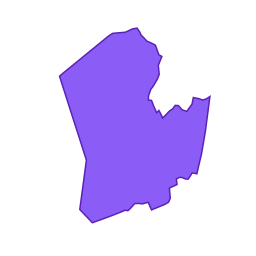 Maraial, Pernambuco, Brazil, rotated 191°
{"feature_id": "56859067B76593573663300", "entity_name": "Maraial", "entity_type": "district", "adm_level": 2, "iso_a3": "BRA", "parent_name": "Brazil", "parent_adm1": "Pernambuco", "projection": "equal_earth", "projection_center": [-35.787, -8.834], "detail": "fine", "context": "isolated", "style": "filled", "palette": "violet", "viewbox_px": 256, "rotation_deg": 191, "n_neighbors": 0, "source": "geoboundaries", "source_scale": "gbopen_adm2", "svg_char_len": 985}
<svg xmlns="http://www.w3.org/2000/svg" viewBox="0 0 256 256"><g transform="rotate(191 128 128)"><path d="M115.2,46.7L112.3,46.8L110.5,49.2L107.0,55.1L103.0,56.0L99.6,56.2L94.0,58.9L89.3,52.1L81.0,57.6L78.1,59.4L74.1,62.8L73.1,67.1L75.9,76.9L69.1,81.9L70.8,87.2L68.0,89.4L65.3,89.7L61.8,88.9L59.2,89.3L57.8,92.6L56.4,96.2L51.7,96.2L50.9,117.1L51.4,139.5L53.6,174.5L56.7,171.5L60.2,169.7L63.8,170.3L69.7,170.4L69.7,163.7L73.5,155.5L78.3,156.2L82.8,159.6L86.0,159.2L87.7,155.5L90.7,152.3L93.5,147.9L95.9,144.4L98.1,147.6L101.0,151.1L102.8,148.5L106.3,153.4L110.2,159.6L113.3,159.3L114.0,163.6L113.0,170.2L111.2,174.0L108.5,181.6L107.6,186.5L110.2,195.3L108.4,204.7L111.7,205.8L116.9,214.5L121.0,215.8L126.1,216.9L129.0,219.1L132.8,221.7L135.0,224.7L138.2,227.8L142.4,226.2L148.9,221.5L161.1,218.0L164.7,214.5L201.5,170.3L205.1,165.8L187.7,134.0L177.2,115.0L162.7,88.5L159.8,38.8L144.9,28.2L126.5,39.3L118.6,44.4L115.2,46.7Z" fill="#8b5cf6" stroke="#5b21b6" stroke-width="1.5"/></g></svg>